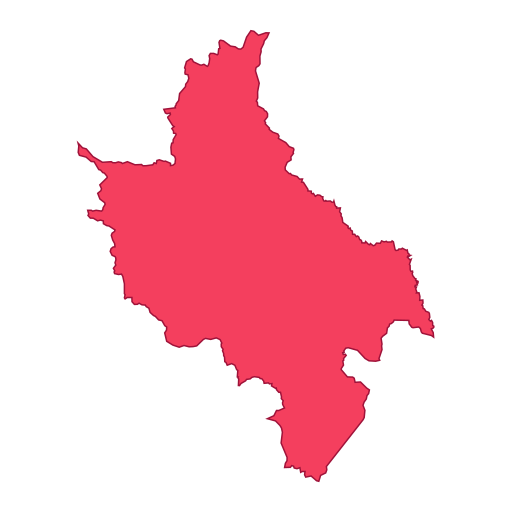 Jataí, Goiás, Brazil (Robinson projection)
{"feature_id": "56859067B77206783707200", "entity_name": "Jataí", "entity_type": "district", "adm_level": 2, "iso_a3": "BRA", "parent_name": "Brazil", "parent_adm1": "Goiás", "projection": "robinson", "projection_center": [-51.746, -17.904], "detail": "fine", "context": "isolated", "style": "filled", "palette": "rose", "viewbox_px": 512, "rotation_deg": 0, "n_neighbors": 0, "source": "geoboundaries", "source_scale": "gbopen_adm2", "svg_char_len": 6052}
<svg xmlns="http://www.w3.org/2000/svg" viewBox="0 0 512 512"><path d="M433.6,337.1L433.2,332.6L431.3,328.9L433.1,328.1L433.9,327.0L433.7,326.0L432.7,325.6L432.6,322.4L431.5,320.4L430.4,321.1L428.8,319.5L429.8,317.4L429.4,313.6L428.8,312.4L425.7,311.2L424.4,308.9L423.2,308.6L422.7,305.6L421.9,305.1L423.0,303.1L422.8,300.0L419.7,300.3L419.9,296.4L419.0,292.8L416.4,292.9L416.8,292.0L415.7,288.9L416.5,287.0L414.9,286.8L415.2,285.4L417.4,284.9L416.6,282.0L418.0,282.7L418.1,281.4L415.6,280.2L416.0,278.9L414.9,278.5L412.7,275.5L412.2,273.4L412.7,272.5L412.5,271.1L411.0,271.4L410.2,269.9L410.1,265.4L409.4,264.4L411.2,259.2L409.9,259.8L407.3,257.1L407.9,256.1L408.6,256.6L410.5,255.4L409.3,255.2L408.9,253.8L407.9,253.1L407.2,249.9L406.4,250.3L402.3,248.2L401.5,249.0L398.8,249.0L398.1,250.1L396.0,250.5L395.1,249.7L393.4,241.8L392.1,240.9L391.5,241.9L387.3,242.1L386.4,241.3L384.1,241.9L381.6,240.9L380.3,243.3L376.5,243.1L374.7,245.3L373.2,245.7L370.4,243.5L369.7,244.8L368.5,244.4L365.6,241.5L365.0,243.0L361.8,242.8L361.7,241.2L360.8,239.9L359.7,239.6L358.7,236.9L357.6,236.0L356.3,236.6L354.7,234.3L352.6,234.3L352.3,231.0L350.8,230.2L350.1,228.0L349.0,228.6L348.0,227.8L348.2,226.2L342.8,222.4L342.1,217.7L341.0,215.8L341.2,213.8L339.6,211.8L340.4,207.9L336.6,208.1L336.7,206.8L335.7,206.5L334.9,205.0L333.9,201.0L333.5,202.2L331.9,202.2L330.4,201.0L326.6,201.2L325.8,200.5L325.0,201.2L323.7,200.8L322.7,198.5L322.9,196.8L321.8,196.7L319.9,195.2L317.5,194.9L315.3,196.3L313.4,193.4L312.3,193.8L311.3,193.0L311.3,191.2L307.9,190.9L307.9,189.3L303.4,182.3L301.6,182.1L302.5,179.0L299.5,179.1L297.1,176.5L291.5,174.9L290.5,173.5L289.2,173.7L285.3,169.9L285.1,167.2L287.2,162.3L291.1,159.9L290.9,156.8L293.5,153.4L293.1,152.4L293.9,149.7L293.5,148.3L289.2,146.6L285.9,142.7L278.4,138.4L279.0,136.1L277.8,134.0L272.8,132.2L269.2,129.4L269.4,128.1L265.3,123.9L265.6,122.6L264.4,120.9L267.5,116.8L267.6,113.8L266.3,111.5L264.5,110.6L263.5,108.9L257.7,105.8L257.4,102.3L256.3,101.1L257.7,98.0L257.6,91.8L259.2,83.2L255.5,71.0L255.8,68.6L256.2,67.4L258.8,65.7L260.0,63.8L259.9,56.0L261.1,51.8L261.0,49.0L263.6,43.7L264.3,40.8L266.9,37.7L269.0,32.9L265.8,32.8L258.5,35.3L253.9,31.3L250.9,30.7L246.6,37.1L243.1,47.3L240.8,49.1L238.3,48.9L235.2,46.8L230.5,46.1L223.5,40.9L220.7,40.2L219.7,40.7L219.0,42.4L219.9,48.4L218.7,48.8L218.1,54.0L217.3,54.8L213.7,53.4L210.4,53.4L209.1,55.6L209.7,58.6L209.1,62.9L208.1,65.7L207.3,66.4L203.9,64.3L201.2,65.2L199.7,64.8L193.4,61.8L192.0,59.2L190.7,58.8L186.5,61.5L184.6,67.9L185.4,69.0L184.9,72.8L185.2,74.1L188.0,74.8L188.8,78.3L187.7,81.6L185.7,84.2L185.5,86.6L179.6,93.5L178.7,100.5L176.2,103.8L176.0,105.2L175.1,106.3L175.4,107.8L163.8,109.3L165.4,113.0L167.0,113.7L170.2,113.1L170.4,114.5L167.7,117.1L168.0,118.2L172.8,125.7L174.2,126.6L171.8,128.5L173.4,130.9L173.6,133.2L175.7,133.5L176.1,134.7L173.2,139.6L173.0,142.8L171.7,143.2L170.9,147.2L171.4,154.1L174.7,156.4L175.5,158.9L175.0,163.5L173.0,165.2L170.5,165.6L170.5,163.3L165.4,161.1L164.0,161.4L159.3,159.8L156.9,160.5L156.3,163.5L154.1,162.8L152.8,164.8L146.3,165.7L143.0,165.8L141.5,164.5L135.0,164.8L127.4,161.7L122.4,163.5L121.4,162.6L118.3,161.9L115.4,162.8L112.8,162.7L111.3,161.7L102.5,162.3L92.9,156.6L86.3,148.9L82.5,147.8L78.1,143.1L78.8,145.9L78.2,152.4L79.4,155.3L86.1,157.1L91.2,161.5L94.1,161.7L98.8,169.6L100.6,170.1L102.8,172.6L104.4,173.1L107.1,176.4L107.2,177.6L99.8,184.9L101.5,188.7L100.9,190.7L97.7,193.3L99.9,199.0L104.7,202.7L105.1,204.4L103.1,207.7L102.8,209.7L101.6,211.1L96.1,210.3L92.6,211.1L91.3,210.3L87.7,210.3L88.7,213.9L88.0,215.5L90.3,218.1L93.3,218.2L97.6,220.8L100.4,220.1L103.3,220.9L103.4,223.7L106.7,225.6L109.0,226.0L115.0,229.9L114.6,231.4L112.1,233.2L111.3,235.3L112.7,240.0L114.6,243.5L115.0,246.8L113.1,247.0L111.1,248.6L110.2,251.4L112.1,255.3L115.1,256.6L115.7,257.8L115.9,259.9L115.0,262.8L115.8,265.1L113.4,268.3L114.8,270.9L114.1,272.0L114.6,273.6L118.5,274.5L121.5,274.1L122.8,276.4L124.4,283.8L124.4,293.7L125.1,294.7L124.4,297.8L125.1,298.9L127.2,297.5L131.9,297.5L132.0,301.7L134.4,304.4L137.4,304.3L139.1,303.2L141.9,304.8L145.3,305.1L146.2,306.6L148.9,308.2L150.1,312.4L153.5,315.5L155.4,316.4L158.6,319.9L162.0,320.7L164.8,325.7L166.7,327.0L166.5,330.1L164.7,332.9L166.7,341.3L172.9,345.1L179.2,347.2L184.0,345.5L189.1,346.8L193.2,346.6L196.7,345.9L203.4,339.4L205.5,338.4L210.7,339.4L216.3,337.9L220.1,339.6L221.8,343.1L221.2,344.0L221.3,346.7L223.1,349.3L222.5,350.7L223.6,353.4L223.7,355.7L224.5,357.0L224.8,361.7L226.0,362.4L227.2,365.2L231.7,363.6L234.9,365.3L236.7,369.7L237.8,370.4L237.3,376.9L238.3,377.0L238.0,377.9L238.7,379.1L238.4,385.5L239.5,385.6L241.0,383.5L245.6,380.8L246.5,379.4L250.1,378.9L252.0,377.3L254.4,376.7L258.0,377.2L259.4,377.5L260.2,378.6L261.8,378.7L263.7,381.1L264.1,383.3L268.5,382.9L269.4,383.9L271.9,383.6L271.5,385.9L275.5,388.3L276.3,388.1L276.5,389.7L278.8,392.3L280.5,392.3L281.5,396.9L281.3,398.6L283.2,400.7L282.5,402.8L282.7,404.5L284.5,408.0L278.8,410.5L276.5,410.5L273.9,415.7L267.4,418.7L275.5,420.9L279.9,425.4L281.5,428.0L282.4,432.3L281.1,443.0L287.1,457.4L287.0,460.7L285.4,463.3L284.6,467.5L290.4,467.3L291.7,465.6L293.6,466.2L294.2,468.0L297.0,468.7L299.9,467.7L300.7,472.3L302.2,471.5L305.0,471.5L304.6,474.8L305.7,477.1L311.1,476.0L316.5,480.7L318.8,481.3L320.6,475.4L325.7,472.9L326.8,469.8L326.4,466.5L363.1,419.7L364.2,417.5L364.9,410.3L363.0,405.3L364.1,402.1L366.3,399.0L367.0,395.5L368.6,393.6L369.4,389.9L366.7,388.1L360.5,382.0L355.1,382.3L354.2,378.2L352.7,377.1L347.4,376.9L341.2,369.6L341.3,368.5L343.5,365.1L342.8,361.0L343.7,360.3L343.6,358.5L346.2,355.4L345.3,354.2L343.3,354.5L342.7,352.7L344.2,352.2L343.8,351.0L345.7,348.2L348.2,347.7L357.5,350.3L365.1,358.5L369.0,360.8L375.7,361.2L379.7,360.3L379.0,358.5L382.0,349.6L381.6,345.9L382.0,344.1L381.1,338.2L382.6,336.3L386.6,333.3L387.4,327.9L389.1,326.2L389.6,324.1L391.4,323.5L393.4,321.8L394.1,320.1L408.8,320.4L409.2,323.9L411.8,327.3L413.0,327.7L418.7,327.0L420.4,328.5L421.3,331.9L422.3,333.2L431.4,335.5L433.6,337.1Z" fill="#f43f5e" stroke="#9f1239" stroke-width="1.5"/></svg>